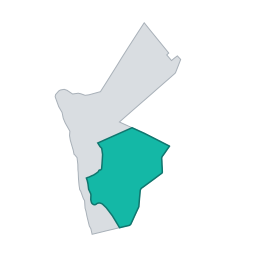 Ma`an on a map of Jordan (Natural Earth projection), rotated 336°
{"feature_id": "JOR-853", "entity_name": "Ma`an", "entity_type": "Province", "adm_level": 1, "iso_a3": "JOR", "parent_name": "Jordan", "parent_adm1": "", "projection": "natural_earth1", "projection_center": [36.363, 30.219], "detail": "fine", "context": "in_parent", "style": "filled", "palette": "teal", "viewbox_px": 256, "rotation_deg": 336, "n_neighbors": 0, "source": "natural_earth", "source_scale": "10m", "svg_char_len": 2347}
<svg xmlns="http://www.w3.org/2000/svg" viewBox="0 0 256 256"><g transform="rotate(336 128 128)"><path d="M81.7,65.8L85.4,66.7L87.6,68.7L91.2,74.4L96.7,76.0L99.0,77.7L102.1,80.7L105.8,81.8L117.6,83.6L127.1,77.3L135.0,72.0L144.1,65.9L150.2,61.7L160.7,54.7L167.6,50.2L176.6,44.3L185.6,38.5L188.1,48.0L190.6,57.2L193.2,66.8L195.7,76.1L193.1,77.0L195.2,84.1L198.6,83.1L202.4,82.2L204.0,86.8L198.9,91.9L193.8,96.9L192.5,97.4L185.8,99.5L172.1,103.7L162.9,106.6L151.1,110.2L141.3,113.2L131.6,116.2L122.6,119.0L127.7,124.8L135.6,133.7L140.9,139.7L147.1,147.3L152.6,154.2L158.5,161.4L154.4,163.9L147.6,167.9L146.9,168.6L146.4,169.4L143.6,176.6L141.4,182.3L140.6,183.0L131.2,185.1L121.6,187.2L115.5,188.5L113.7,190.0L109.8,197.1L105.7,204.4L98.9,210.4L91.4,217.0L89.5,217.4L84.0,216.4L74.7,214.7L65.7,213.0L59.5,211.9L52.0,210.5L53.1,204.9L52.8,201.8L54.6,191.9L55.7,187.2L56.2,183.7L58.8,176.7L58.5,174.4L59.1,166.3L58.8,164.8L60.0,160.4L62.2,154.0L64.4,148.5L65.2,146.0L67.4,140.8L69.4,134.3L68.4,130.8L68.0,130.1L68.9,126.1L69.8,119.5L70.3,115.9L71.5,111.2L73.6,107.3L72.7,97.9L72.8,92.8L74.1,87.0L73.4,80.3L74.1,70.7L74.2,69.8L75.0,68.6L75.5,68.0L79.8,66.0L81.7,65.8Z" fill="#d9dde1" stroke="#a8b0b8" stroke-width="1"/><path d="M131.8,129.4L136.3,134.5L140.9,139.7L141.0,139.8L141.1,140.0L141.3,140.2L145.2,145.0L149.1,149.8L152.9,154.5L156.8,159.3L158.5,161.4L158.5,161.5L158.3,161.6L155.7,163.1L151.5,165.7L147.7,167.9L146.9,168.6L146.4,169.4L145.4,172.1L144.1,175.3L143.0,178.3L141.4,182.3L140.7,183.0L136.5,183.9L131.8,185.0L126.8,186.1L121.7,187.2L118.6,187.9L115.6,188.5L114.6,189.1L113.8,190.0L111.8,193.5L110.2,196.4L108.0,200.4L105.8,204.4L103.0,206.8L98.9,210.4L95.2,213.7L91.4,217.0L90.5,217.4L89.5,217.5L85.9,216.8L81.8,216.0L79.8,215.7L79.7,215.3L78.0,201.7L75.7,191.9L73.9,187.5L73.4,186.6L72.7,185.9L72.1,185.3L71.4,184.9L70.7,184.6L69.7,184.4L68.8,184.4L68.3,184.5L67.9,184.7L67.3,184.7L66.8,184.7L66.2,184.5L65.7,184.2L65.3,183.8L65.0,183.4L64.7,182.9L64.5,182.4L64.3,181.6L64.4,180.5L64.8,178.4L66.9,174.1L67.2,172.8L67.1,168.0L68.7,162.8L69.4,159.4L69.6,156.8L71.0,156.8L72.5,157.0L76.0,156.9L77.2,157.0L80.4,156.5L82.9,155.9L83.4,155.6L83.8,155.2L84.2,154.9L84.6,154.8L85.0,154.8L85.9,155.2L87.2,154.7L89.8,150.0L94.0,141.9L95.7,135.9L94.9,133.6L94.3,129.4L131.8,129.4Z" fill="#14b8a6" stroke="#0f766e" stroke-width="1.5"/></g></svg>